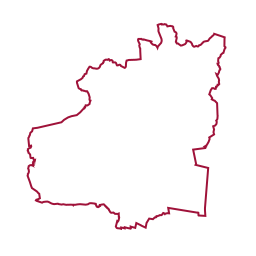 outline of Coeneo, Michoacán, Mexico, rotated 175°
{"feature_id": "50627088B32739795926391", "entity_name": "Coeneo", "entity_type": "district", "adm_level": 2, "iso_a3": "MEX", "parent_name": "Mexico", "parent_adm1": "Michoacán", "projection": "albers", "projection_center": [-101.63, 19.787], "detail": "fine", "context": "isolated", "style": "outline", "palette": "rose", "viewbox_px": 256, "rotation_deg": 175, "n_neighbors": 0, "source": "geoboundaries", "source_scale": "gbopen_adm2", "svg_char_len": 5706}
<svg xmlns="http://www.w3.org/2000/svg" viewBox="0 0 256 256"><g transform="rotate(175 128 128)"><path d="M89.5,228.0L88.9,224.6L89.2,222.4L89.2,221.5L86.9,213.9L86.8,212.4L87.0,211.3L87.6,209.9L91.1,206.6L91.4,205.9L91.6,205.4L91.7,205.7L92.0,206.1L92.1,206.7L93.5,208.2L94.0,208.4L94.5,208.4L96.2,209.1L97.8,211.2L97.1,212.1L98.2,212.6L101.4,213.6L104.7,214.9L105.3,214.6L106.8,215.5L107.0,215.3L107.5,215.6L109.9,215.8L110.3,215.1L110.3,214.0L109.8,212.5L109.0,210.5L109.6,209.1L109.3,207.0L108.9,206.3L109.1,203.4L109.4,195.5L114.0,195.3L121.4,195.7L122.2,195.5L123.5,195.3L124.2,193.4L124.8,189.4L124.9,189.1L125.7,188.3L126.1,188.2L129.4,190.3L129.7,190.5L130.0,191.3L130.3,191.6L131.1,191.8L132.5,191.3L133.4,191.3L133.7,191.7L134.2,193.6L134.5,194.1L135.1,194.5L137.3,194.6L137.5,194.9L137.5,196.2L137.9,196.7L138.3,197.0L138.9,197.2L139.5,197.1L140.3,196.7L140.6,197.1L141.0,198.2L141.3,198.3L142.5,197.7L143.6,198.0L144.2,197.9L144.5,198.0L145.8,197.3L146.3,197.1L146.6,195.7L147.1,195.4L147.2,194.8L149.5,193.5L150.0,193.0L150.7,191.4L151.3,190.7L152.2,190.1L153.0,189.8L154.3,189.8L156.0,190.3L157.4,190.5L158.5,191.0L159.4,191.9L160.2,192.3L161.0,192.4L162.5,190.5L163.9,188.4L164.7,185.8L166.5,185.4L167.4,183.5L168.2,183.3L168.9,181.9L170.6,180.7L174.8,178.9L174.9,177.5L173.7,172.0L173.4,171.7L172.5,171.1L171.6,170.8L171.3,169.8L170.8,169.4L169.8,169.5L169.1,169.0L168.1,168.8L166.9,168.2L166.3,168.1L165.7,168.3L165.4,168.0L164.3,165.6L163.5,161.9L163.7,160.8L163.9,160.0L163.8,159.2L163.5,158.8L163.0,158.6L163.8,156.9L164.2,155.3L166.4,154.0L168.2,154.3L168.8,152.6L169.3,152.7L169.5,151.8L170.1,151.6L170.0,151.2L171.1,150.7L174.1,147.9L177.9,145.3L183.2,144.7L186.7,143.8L191.0,141.7L193.8,139.5L218.1,136.1L222.8,135.9L223.8,133.1L225.7,131.7L226.5,129.3L226.9,129.0L227.2,128.0L228.1,126.8L228.2,125.7L228.1,118.7L227.3,118.7L226.1,118.9L226.0,118.1L226.7,116.9L228.7,116.3L229.6,115.6L229.5,114.7L229.9,114.1L229.5,113.4L229.3,112.8L229.4,112.3L229.3,111.9L228.8,111.6L227.8,110.1L227.7,106.9L227.3,106.5L225.1,106.5L224.6,104.7L224.7,104.4L224.2,103.8L223.5,104.1L223.6,103.7L223.8,103.2L224.2,103.1L224.1,102.8L224.1,102.5L225.4,102.3L225.3,101.8L225.8,101.4L225.6,100.5L225.2,100.3L226.5,99.6L226.2,99.3L226.8,99.3L226.7,99.1L227.2,99.4L227.4,99.3L228.0,99.5L228.9,99.4L230.2,98.7L231.0,96.2L230.6,95.4L230.5,93.3L230.9,92.0L231.2,91.6L231.8,90.9L231.8,89.9L232.2,89.2L230.5,83.0L229.5,78.5L228.9,76.5L225.0,73.3L224.1,72.5L223.0,70.9L222.2,70.3L221.9,65.7L223.7,64.9L225.6,64.5L226.0,63.9L224.6,63.3L224.7,63.1L220.1,61.1L218.8,61.7L216.5,61.8L214.6,61.7L213.4,61.2L211.0,59.6L209.9,59.1L208.3,58.6L204.4,58.7L203.9,58.3L200.8,57.5L199.2,57.7L196.4,56.9L191.5,56.6L189.4,56.3L189.6,56.2L189.2,55.7L188.6,56.3L187.4,56.1L185.0,56.3L182.4,56.3L176.8,55.3L174.6,55.5L173.0,56.3L172.2,56.4L171.1,56.3L168.1,55.7L166.8,55.3L166.9,54.8L166.7,54.7L166.6,54.3L166.5,54.0L166.5,53.7L166.0,52.4L165.9,52.3L165.5,52.3L165.3,52.1L164.9,52.2L164.6,51.8L164.0,52.0L164.0,52.5L162.8,52.7L162.9,53.0L162.5,53.4L162.6,53.8L162.0,53.8L160.9,54.0L158.8,54.1L156.3,51.2L156.6,51.2L155.2,49.5L154.5,49.1L154.1,48.5L154.1,47.9L153.6,47.2L153.4,46.4L152.7,45.4L152.3,45.1L152.0,45.0L151.3,45.1L150.1,44.9L149.8,45.0L148.4,43.6L145.7,43.3L144.7,43.6L144.9,40.6L144.7,40.6L144.6,39.5L145.5,36.6L146.2,35.8L146.2,36.1L146.8,36.4L148.7,30.9L148.0,29.5L147.7,29.3L146.9,29.0L145.0,28.7L143.7,28.2L143.5,29.5L140.0,28.3L139.9,29.4L137.4,28.5L134.4,27.6L134.0,29.3L133.9,29.2L133.9,29.5L129.5,27.9L128.0,32.6L123.5,29.9L123.4,29.7L119.1,27.2L117.8,31.8L114.8,35.9L111.1,35.0L109.1,36.6L108.2,36.5L107.7,36.7L107.6,36.9L107.6,37.3L107.5,37.6L107.3,37.7L106.5,37.6L104.3,38.2L104.1,38.4L102.5,38.3L102.2,38.3L101.3,39.0L101.0,39.4L100.8,39.4L101.0,39.5L100.3,40.3L99.7,40.1L98.8,39.0L98.4,39.4L96.2,39.7L94.5,39.4L94.9,44.9L66.6,37.7L65.7,37.7L65.3,37.4L65.4,34.9L65.3,34.7L58.6,33.7L58.5,39.2L58.3,41.5L51.6,81.2L63.9,85.4L63.3,86.3L65.0,100.8L53.2,101.3L53.3,101.5L52.2,102.3L53.2,102.9L51.8,103.6L50.9,104.3L48.9,107.2L47.7,109.8L47.7,110.8L47.9,111.5L42.8,114.1L43.2,116.4L42.4,119.1L43.0,122.3L41.1,122.8L39.7,124.1L39.3,125.2L39.1,126.2L39.1,126.8L39.5,127.6L38.5,128.7L38.2,129.2L38.0,130.2L37.6,132.6L37.7,132.9L37.1,144.6L37.1,145.0L39.3,147.7L40.3,148.1L42.1,149.3L41.5,150.4L43.1,153.4L44.1,154.4L42.2,158.6L40.8,160.3L39.3,160.2L38.2,159.4L37.2,159.4L36.8,161.2L36.4,161.0L36.2,161.1L35.3,162.6L35.0,163.3L34.6,163.2L34.3,162.9L33.3,163.8L33.5,166.1L33.1,167.6L33.3,169.3L34.6,171.9L35.1,173.6L35.2,174.0L34.1,173.2L33.9,173.3L32.5,175.6L32.3,176.5L31.8,177.6L31.0,178.2L30.9,178.9L31.4,180.0L31.3,180.4L31.6,180.5L31.9,182.0L32.7,182.6L32.7,183.3L33.1,183.7L33.2,184.3L32.3,184.3L32.0,185.2L32.4,186.7L31.9,189.6L30.7,190.1L29.6,191.4L29.2,192.8L27.1,194.4L26.4,194.5L25.0,198.1L23.9,199.4L23.9,200.0L24.4,200.4L24.8,201.0L24.8,201.3L24.1,208.3L23.8,209.9L33.9,214.3L34.0,213.8L35.1,212.8L36.6,211.8L36.9,211.4L38.8,210.1L40.5,208.0L41.1,207.8L43.7,207.6L44.7,207.4L45.3,207.2L46.2,206.3L47.1,205.7L47.6,205.0L48.7,204.4L50.0,204.2L50.8,203.2L51.8,203.2L52.3,203.5L52.9,203.8L54.8,203.2L55.2,203.3L55.5,203.4L56.2,204.2L56.6,204.8L57.0,206.5L58.0,208.1L58.7,208.6L61.9,210.1L62.3,210.0L62.2,208.5L63.0,207.4L63.8,206.6L66.9,205.6L68.2,205.5L71.0,207.9L71.9,207.9L72.4,208.8L72.4,209.3L72.8,209.6L72.8,209.8L71.6,213.5L71.7,214.5L72.5,214.9L72.0,215.8L71.4,217.7L71.7,218.9L72.6,219.6L73.2,219.9L74.3,223.5L74.1,224.5L74.4,225.1L74.9,225.5L75.9,225.6L76.3,225.9L76.7,226.0L77.8,226.0L79.9,225.8L80.1,226.4L80.6,227.1L80.8,227.7L81.9,228.0L82.3,228.3L83.3,228.0L84.6,228.2L85.1,228.1L85.3,228.6L85.6,228.6L85.8,228.8L88.5,228.4L89.5,228.0Z" fill="none" stroke="#9f1239" stroke-width="2"/></g></svg>